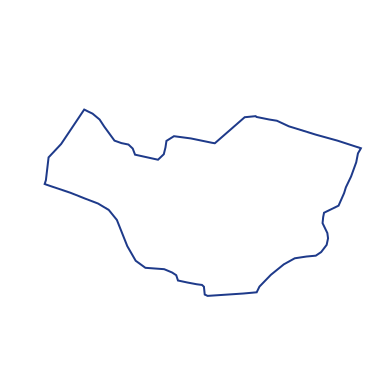 outline of Wadi Salih, Central Darfur, Sudan, rotated 198°
{"feature_id": "16777658B39916742993759", "entity_name": "Wadi Salih", "entity_type": "district", "adm_level": 2, "iso_a3": "SDN", "parent_name": "Sudan", "parent_adm1": "Central Darfur", "projection": "mercator", "projection_center": [23.346, 12.417], "detail": "fine", "context": "isolated", "style": "outline", "palette": "blue", "viewbox_px": 384, "rotation_deg": 198, "n_neighbors": 0, "source": "geoboundaries", "source_scale": "gbopen_adm2", "svg_char_len": 1155}
<svg xmlns="http://www.w3.org/2000/svg" viewBox="0 0 384 384"><g transform="rotate(198 192 192)"><path d="M99.5,116.6L98.6,122.9L91.4,137.6L82.3,151.6L73.8,160.7L63.2,166.0L54.6,169.7L50.6,174.8L47.6,183.3L48.3,190.0L50.6,194.8L58.2,202.7L59.5,208.7L60.0,213.1L48.4,224.3L47.0,237.9L47.1,244.0L45.5,255.9L45.0,271.0L46.1,280.0L45.0,285.1L44.9,285.8L45.9,285.8L55.5,285.8L69.5,285.8L92.0,284.8L120.2,284.4L133.3,286.0L141.0,284.8L153.9,283.3L154.9,283.8L165.0,279.4L185.3,245.5L185.4,245.4L188.1,245.0L209.6,242.6L226.4,239.5L232.1,232.7L231.0,226.2L230.5,219.2L234.3,212.2L257.7,209.9L261.8,215.0L267.1,217.5L274.2,216.7L281.6,216.9L295.7,227.1L302.3,232.4L310.8,235.8L316.0,236.5L318.5,236.9L320.0,237.1L331.3,197.2L339.1,180.6L337.1,170.6L334.6,158.1L334.6,155.9L334.6,154.3L334.6,154.1L332.9,154.0L327.4,153.9L327.1,153.9L307.4,153.7L291.9,152.7L277.8,152.0L265.6,149.2L254.8,142.2L236.8,120.5L224.3,109.2L212.9,105.5L194.6,110.0L186.1,109.3L181.3,108.0L178.0,103.5L168.4,104.5L159.1,105.7L153.8,106.7L151.4,105.6L148.2,98.4L147.6,98.3L147.1,98.3L145.1,98.0L112.1,111.2L103.9,114.7L99.5,116.6Z" fill="none" stroke="#1e3a8a" stroke-width="2"/></g></svg>